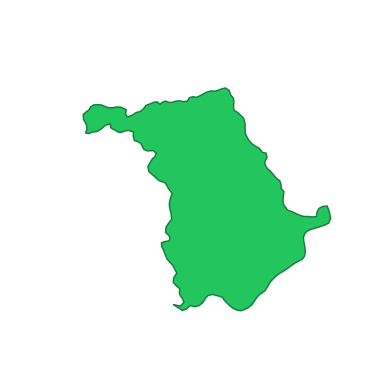 outline of Santana do Paraíso, Minas Gerais, Brazil, rotated 31°
{"feature_id": "56859067B5957115857707", "entity_name": "Santana do Paraíso", "entity_type": "district", "adm_level": 2, "iso_a3": "BRA", "parent_name": "Brazil", "parent_adm1": "Minas Gerais", "projection": "mercator", "projection_center": [-42.534, -19.392], "detail": "fine", "context": "isolated", "style": "filled", "palette": "green", "viewbox_px": 384, "rotation_deg": 31, "n_neighbors": 0, "source": "geoboundaries", "source_scale": "gbopen_adm2", "svg_char_len": 2672}
<svg xmlns="http://www.w3.org/2000/svg" viewBox="0 0 384 384"><g transform="rotate(31 192 192)"><path d="M179.4,90.4L175.0,88.8L171.6,85.8L167.1,85.6L164.4,88.2L162.2,91.2L159.8,93.8L156.0,95.8L152.8,99.3L150.5,103.4L147.4,108.3L143.7,109.9L141.3,112.3L141.3,116.4L138.2,119.0L134.2,120.3L131.2,122.6L129.0,125.3L126.0,127.1L122.4,127.8L120.4,130.4L119.3,133.2L115.8,132.7L113.4,134.3L111.1,137.5L107.9,141.6L107.6,145.3L106.3,149.5L103.2,152.7L101.2,157.0L98.1,160.9L95.0,159.5L93.2,155.3L87.5,155.9L83.5,158.0L80.6,160.7L76.9,162.8L73.3,163.5L69.5,164.1L65.5,166.1L62.8,168.1L61.3,171.3L61.4,174.9L59.9,178.2L58.8,181.5L61.6,185.6L65.3,187.6L67.6,189.4L69.6,192.1L70.4,196.2L73.6,195.0L75.8,191.9L79.4,189.1L81.7,184.9L82.8,181.2L84.2,178.3L87.2,176.0L89.3,178.8L93.3,178.7L98.4,178.5L100.9,177.0L103.1,174.2L105.7,172.0L110.8,170.6L112.8,174.2L116.1,177.6L119.8,176.7L123.2,176.7L126.3,178.8L129.0,180.3L132.6,179.8L137.3,176.5L141.3,177.1L142.1,180.8L141.0,183.6L140.9,188.1L141.0,192.7L144.4,196.7L153.3,198.3L157.7,199.3L161.2,198.5L165.0,198.1L170.2,201.3L175.7,203.5L176.9,209.1L178.4,213.4L181.1,217.3L184.9,220.9L188.6,225.8L188.0,230.8L187.8,235.2L190.1,240.2L193.5,241.0L196.5,242.1L197.6,245.6L194.8,248.1L192.0,251.1L194.0,254.2L197.1,256.2L201.8,259.9L205.3,262.4L209.7,263.7L214.0,265.0L217.3,267.3L220.8,269.3L220.4,274.7L222.5,279.1L226.6,280.4L231.2,281.2L233.2,284.9L235.4,287.0L238.8,288.3L241.9,290.8L240.7,295.8L233.7,298.2L244.9,298.4L247.5,295.1L249.1,290.0L253.3,289.0L256.7,285.7L258.2,281.2L258.3,275.9L259.1,272.4L262.2,269.3L268.2,267.5L272.3,266.6L275.1,268.0L278.0,268.8L281.9,269.8L286.0,270.5L290.9,270.2L294.7,268.8L297.4,266.0L299.7,262.3L301.3,258.2L301.7,254.7L301.8,250.1L302.4,246.1L304.0,242.3L305.4,239.0L305.6,234.2L305.4,229.6L306.0,226.1L307.1,221.3L308.8,217.0L310.5,214.0L312.1,210.9L314.1,206.2L315.9,202.0L317.3,199.0L319.1,196.0L321.2,192.7L321.5,189.3L320.1,185.1L316.5,180.3L312.9,176.3L310.7,173.2L310.1,169.1L311.1,165.9L313.0,163.0L316.1,159.7L319.3,156.0L322.7,152.1L325.2,148.1L324.4,143.2L321.2,139.6L318.8,137.2L315.0,134.4L311.4,137.2L309.3,140.7L309.6,145.1L311.4,148.9L308.0,151.4L304.0,153.3L300.7,155.3L297.0,156.3L292.3,157.0L288.1,157.3L283.4,158.3L279.5,156.8L276.1,155.0L274.1,151.9L272.4,148.3L270.5,144.3L266.8,143.2L264.3,139.6L261.4,137.1L258.3,136.9L255.4,136.2L252.4,135.0L248.2,133.7L244.8,133.1L241.3,131.6L238.8,128.6L238.5,123.7L235.5,120.6L231.8,121.8L227.3,119.9L223.1,120.1L219.0,119.7L215.4,119.0L211.8,117.2L207.8,114.5L204.6,109.9L202.0,105.8L198.4,102.3L194.2,101.2L190.3,100.3L185.9,100.3L183.7,97.6L181.7,93.7L179.4,90.4Z" fill="#22c55e" stroke="#15803d" stroke-width="1.5"/></g></svg>